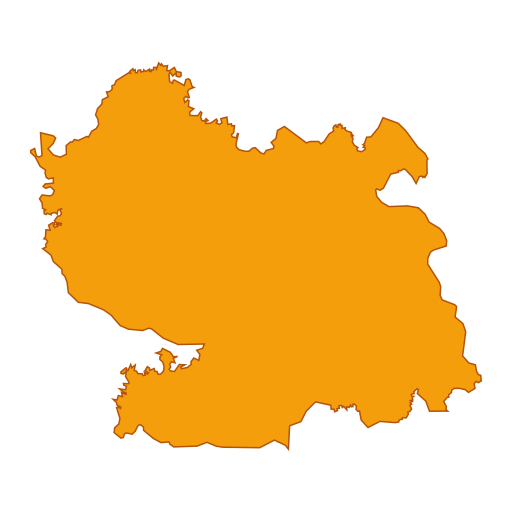 the district of Si Songkhram, Nakhon Phanom, Thailand
{"feature_id": "78962969B490988164886", "entity_name": "Si Songkhram", "entity_type": "district", "adm_level": 2, "iso_a3": "THA", "parent_name": "Thailand", "parent_adm1": "Nakhon Phanom", "projection": "albers", "projection_center": [104.23, 17.647], "detail": "fine", "context": "isolated", "style": "filled", "palette": "amber", "viewbox_px": 512, "rotation_deg": 0, "n_neighbors": 0, "source": "geoboundaries", "source_scale": "gbopen_adm2", "svg_char_len": 5974}
<svg xmlns="http://www.w3.org/2000/svg" viewBox="0 0 512 512"><path d="M42.7,248.6L50.9,255.0L53.4,261.6L61.9,269.2L62.1,273.6L64.8,276.2L67.0,281.8L68.4,292.7L78.3,302.3L88.6,303.6L103.5,309.8L111.1,315.1L120.1,325.5L128.5,329.2L142.7,330.5L148.4,328.3L151.5,328.8L163.3,338.2L178.2,344.5L204.3,344.0L202.7,348.3L196.7,350.2L199.9,354.5L198.8,360.4L193.8,358.0L191.0,361.7L191.2,364.3L187.3,367.5L181.6,368.7L180.6,367.2L184.9,364.8L179.3,364.5L174.5,371.5L170.2,370.9L169.1,369.3L170.7,367.0L169.6,364.4L171.4,361.8L175.0,362.8L173.3,358.3L177.6,356.4L173.5,356.8L170.2,352.2L162.5,348.4L160.8,351.4L156.1,353.0L161.7,354.8L159.9,356.9L159.9,359.5L162.8,362.1L164.1,366.6L163.5,371.1L160.5,374.2L158.1,374.3L157.0,371.4L154.9,371.4L154.1,368.5L149.9,370.4L149.5,368.1L147.4,366.6L145.0,370.6L148.5,372.9L147.4,374.1L144.4,372.2L145.1,375.2L143.1,375.6L142.3,373.8L137.8,373.6L136.5,371.1L134.2,370.5L135.2,365.0L131.8,367.8L130.7,364.5L128.0,370.6L126.3,370.2L126.8,368.4L125.9,367.8L120.9,371.9L120.9,373.3L123.2,374.1L126.3,371.5L125.5,376.4L129.2,382.7L128.6,383.7L123.4,383.5L123.7,385.1L126.4,386.3L125.6,389.7L119.6,388.9L123.7,392.3L125.9,392.6L126.0,394.4L121.5,392.5L122.5,396.7L118.4,395.5L117.1,399.9L113.1,399.3L116.6,402.6L117.0,405.1L120.8,407.1L120.5,408.5L118.0,407.0L116.6,407.7L119.9,418.3L118.9,423.9L114.6,427.8L114.1,432.6L121.0,438.1L123.3,437.5L124.4,434.0L126.5,432.9L132.1,434.2L135.1,431.4L138.0,425.6L140.3,424.6L143.4,426.9L143.6,430.3L153.3,438.4L161.0,442.6L168.9,441.9L170.0,444.3L173.8,446.9L197.1,446.1L207.0,442.3L216.3,446.2L222.7,447.2L259.7,447.7L274.4,440.1L285.3,445.2L288.4,449.1L289.6,425.8L300.9,421.6L306.2,411.2L315.5,401.9L330.8,405.2L331.1,409.2L333.8,409.1L334.8,411.8L337.5,410.6L337.0,408.6L339.3,408.3L339.0,405.6L341.6,405.5L342.3,407.5L343.7,406.4L346.8,409.9L346.7,406.8L349.1,407.4L350.6,405.0L351.2,406.8L352.9,406.6L353.0,404.2L354.2,404.0L356.4,406.1L356.0,409.3L357.7,411.3L359.5,411.0L361.2,420.1L368.0,427.5L379.9,421.4L395.1,422.6L398.7,422.0L399.3,419.9L402.3,419.2L402.3,417.9L406.2,417.8L408.3,414.3L407.8,412.0L409.8,411.5L411.6,409.0L409.8,405.2L411.6,404.2L410.2,402.8L412.3,401.4L410.6,400.5L412.8,400.0L412.3,397.4L413.6,396.4L411.9,396.3L411.2,394.5L414.2,393.5L413.8,391.7L417.2,388.7L418.4,389.6L417.3,393.5L425.8,401.1L429.5,411.2L447.7,411.1L446.0,409.5L446.4,406.6L443.7,401.5L447.4,397.2L448.8,397.2L448.7,394.8L451.4,392.6L451.8,390.0L454.2,388.4L459.2,388.3L465.2,389.6L468.4,392.4L475.0,388.4L474.2,383.7L476.0,381.5L478.1,382.6L481.3,381.0L480.7,375.3L478.5,374.8L476.5,371.2L475.4,364.8L468.8,363.0L462.6,355.9L465.7,331.8L462.9,323.6L455.1,317.0L456.6,306.6L454.7,304.7L442.2,299.9L440.1,295.4L440.7,286.9L439.4,282.5L427.7,264.1L427.8,258.4L430.3,252.4L433.1,250.2L446.2,246.0L446.7,240.6L443.8,233.4L439.6,228.5L429.1,222.1L425.1,214.2L418.4,207.8L407.6,205.9L388.9,206.6L381.5,202.2L376.7,196.4L375.7,190.0L376.7,188.8L380.1,190.3L383.4,188.2L390.7,174.1L398.5,172.2L398.4,170.5L400.6,170.8L403.8,168.8L405.7,169.8L412.2,176.7L416.1,183.5L419.3,176.6L421.5,176.1L422.9,177.5L424.0,176.3L424.9,177.4L427.1,173.7L426.9,160.2L427.9,159.0L424.9,153.4L417.9,147.3L405.7,130.7L398.2,123.3L383.0,117.7L378.5,127.6L370.9,136.9L366.6,137.2L364.4,143.6L362.9,144.7L364.7,145.6L363.2,147.4L365.0,147.7L365.3,149.2L361.8,151.7L357.6,150.9L356.7,148.7L357.9,147.5L354.4,145.4L352.3,141.8L353.0,138.6L351.8,137.0L353.3,135.8L352.2,134.5L351.2,135.2L351.4,132.5L346.7,130.9L345.0,129.5L345.3,127.8L342.0,128.3L342.0,125.4L340.2,125.3L340.3,124.1L338.1,124.5L337.8,127.1L336.5,127.1L335.9,124.9L334.3,125.7L333.0,128.1L333.7,131.0L329.2,133.9L324.0,141.7L320.8,143.9L318.7,141.5L310.3,141.5L306.4,142.9L284.4,126.5L277.5,130.4L276.0,138.3L271.2,142.4L273.9,146.1L273.5,148.5L266.2,150.4L264.2,153.9L260.9,153.0L255.1,147.6L252.4,148.2L249.0,151.2L245.2,151.3L239.1,149.7L236.5,147.2L236.0,143.8L238.4,133.7L237.5,133.5L236.3,137.7L232.2,136.9L231.5,134.7L233.7,132.6L234.5,125.6L231.9,126.0L231.4,123.8L227.8,124.5L226.9,117.1L220.8,118.7L221.9,122.8L219.6,124.4L216.2,123.0L217.5,120.8L216.4,119.1L210.6,123.2L205.7,123.5L205.4,121.8L208.0,120.5L206.1,118.6L204.5,120.8L202.0,120.7L200.6,117.4L201.8,112.8L200.6,111.7L197.7,115.7L190.1,115.5L189.6,112.2L193.8,108.7L188.4,106.6L188.9,100.7L187.6,99.9L184.9,102.5L183.7,98.6L186.1,96.3L187.9,97.9L189.3,97.4L187.5,91.8L189.1,89.3L194.0,87.4L192.1,86.5L189.9,79.8L188.3,78.8L185.9,79.6L184.2,85.5L174.4,80.0L173.2,80.4L172.5,83.3L169.6,81.5L169.0,74.1L170.1,72.3L172.7,76.0L176.1,72.7L176.2,76.1L179.4,77.0L181.1,75.9L181.0,72.4L176.3,71.6L174.4,67.4L169.4,70.8L166.7,70.7L167.5,65.6L163.2,66.3L161.5,63.8L160.7,65.3L158.7,62.9L156.5,69.1L155.9,67.4L153.6,67.4L153.3,70.1L151.0,69.9L151.2,71.5L149.5,71.4L149.3,69.2L145.8,71.5L143.8,69.9L143.8,71.1L141.0,72.1L140.6,69.9L138.1,70.3L137.3,72.7L135.6,72.8L135.2,69.7L133.5,70.6L132.9,68.7L129.6,71.5L130.5,73.3L128.7,72.8L116.1,80.7L114.6,84.6L111.9,85.8L112.2,89.2L109.4,91.7L106.5,91.9L108.2,96.7L102.3,99.7L101.9,104.0L97.6,108.5L95.6,114.9L97.8,119.0L98.7,124.4L96.3,128.5L91.8,131.2L88.4,137.2L86.9,136.4L78.3,140.5L74.3,139.5L72.3,142.1L70.6,141.9L66.1,145.6L66.4,154.2L60.2,157.2L53.3,154.9L48.0,148.8L53.2,143.5L55.7,138.0L53.2,135.8L40.5,132.7L42.0,155.6L39.2,157.0L36.4,155.9L34.6,148.5L30.7,150.5L30.8,152.7L35.2,156.8L40.1,166.3L45.6,170.1L45.0,172.9L46.3,177.5L48.5,178.9L53.3,177.9L53.4,183.1L45.0,184.0L43.1,186.5L45.9,188.3L50.3,186.6L54.4,190.5L52.7,194.5L50.3,195.9L42.0,195.0L39.5,198.8L42.1,203.0L42.5,208.3L45.6,209.8L44.0,210.7L44.3,213.8L46.1,214.5L47.1,213.3L51.1,214.8L51.1,213.4L55.1,212.5L57.1,214.1L57.9,210.2L62.0,208.3L60.1,210.3L61.6,213.6L59.8,216.0L57.8,216.0L54.4,220.6L55.9,222.4L61.5,223.5L60.9,225.3L56.6,223.6L56.3,224.9L58.1,224.8L58.0,226.0L54.7,227.5L53.2,225.1L54.7,224.7L54.4,222.9L52.7,222.7L48.6,225.2L50.1,230.2L45.9,229.8L45.5,236.8L43.9,238.8L46.0,239.1L47.7,241.8L45.7,244.3L46.1,247.1L42.7,248.6Z" fill="#f59e0b" stroke="#b45309" stroke-width="1.5"/></svg>